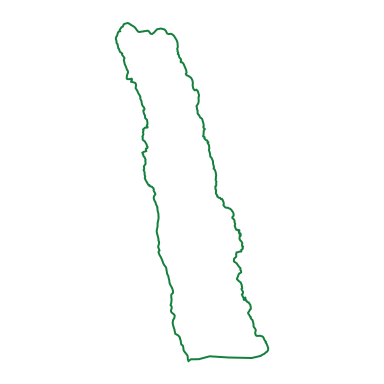 the district of North Maewo, Vanuatu
{"feature_id": "77236927B797015037992", "entity_name": "North Maewo", "entity_type": "district", "adm_level": 2, "iso_a3": "VUT", "parent_name": "Vanuatu", "parent_adm1": "", "projection": "albers", "projection_center": [168.089, -15.01], "detail": "fine", "context": "isolated", "style": "outline", "palette": "green", "viewbox_px": 384, "rotation_deg": 0, "n_neighbors": 0, "source": "geoboundaries", "source_scale": "gbopen_adm2", "svg_char_len": 6005}
<svg xmlns="http://www.w3.org/2000/svg" viewBox="0 0 384 384"><path d="M260.8,355.9L261.5,355.2L264.7,353.6L265.6,352.5L267.0,351.7L267.8,350.6L268.1,349.7L268.2,348.0L266.5,343.5L265.7,342.6L266.0,341.9L264.7,340.4L263.3,337.3L262.7,336.6L261.6,336.2L260.0,335.8L256.9,335.9L256.2,335.6L255.7,335.0L255.3,333.8L255.2,332.7L255.8,330.2L255.1,328.6L253.6,326.7L253.4,323.4L252.5,320.1L251.2,318.9L250.8,318.1L250.8,317.1L250.0,316.7L249.6,315.5L248.2,313.5L248.1,312.8L248.5,312.1L249.2,311.2L249.9,309.7L250.7,309.1L250.8,308.7L250.7,306.7L250.2,304.7L248.9,303.0L248.8,302.5L247.7,302.2L246.5,301.3L246.5,300.5L246.0,300.0L243.9,299.8L243.7,299.2L244.2,298.8L245.4,298.5L245.4,297.8L245.2,297.6L244.5,298.0L243.5,297.7L242.7,296.4L241.9,294.5L242.8,293.7L243.0,292.1L242.5,290.9L241.7,289.6L241.5,288.9L242.2,288.1L242.0,287.2L242.1,286.9L241.7,285.9L241.8,285.1L240.6,282.4L238.6,280.9L237.0,279.2L236.9,278.6L237.6,277.4L238.7,274.2L239.2,273.6L241.1,272.4L241.2,272.1L241.0,271.0L240.3,269.6L240.5,268.6L240.4,268.1L239.2,267.0L236.5,263.2L234.1,261.6L233.9,261.3L234.0,259.3L234.2,258.5L235.7,257.3L236.3,256.2L236.1,254.0L236.6,252.4L237.5,252.3L239.6,251.6L241.2,251.5L241.4,251.0L241.3,249.9L242.4,249.2L242.7,248.6L242.9,247.9L242.4,246.9L242.9,246.5L242.1,245.4L242.0,244.8L242.3,243.2L241.3,241.3L240.2,240.3L239.6,239.1L239.5,237.7L239.9,236.5L239.8,236.1L240.3,236.0L240.3,235.6L240.6,235.3L240.2,234.9L240.1,234.4L240.1,234.0L240.5,233.8L240.2,233.4L239.6,233.7L239.2,233.5L239.0,232.8L239.3,232.6L239.0,231.5L239.4,230.8L239.4,230.4L239.1,230.1L238.3,230.0L237.8,230.3L237.2,229.7L236.4,229.8L235.3,227.8L235.3,227.2L234.7,225.9L235.2,224.0L234.6,222.5L234.5,220.5L233.5,218.9L232.5,218.3L232.3,217.7L232.6,216.8L233.6,215.7L233.6,214.1L233.1,212.4L231.5,210.1L230.2,208.8L228.6,208.2L228.1,207.8L226.2,207.7L225.3,207.4L224.2,206.3L223.4,205.0L223.8,203.9L223.4,201.5L222.9,200.7L222.8,200.1L222.1,199.5L221.9,198.9L220.9,199.0L220.1,197.9L219.2,197.9L217.5,196.8L217.1,195.9L217.3,195.5L216.1,193.9L215.9,193.2L216.1,190.1L215.4,189.1L215.5,187.6L215.3,186.4L216.0,185.9L216.3,184.7L216.1,183.8L216.4,181.7L215.9,180.6L215.6,179.2L216.0,178.2L215.8,177.4L216.2,175.5L215.8,172.9L215.4,171.3L214.6,169.4L213.7,168.8L213.6,168.3L214.0,167.2L213.1,163.8L213.0,161.3L211.5,157.8L210.3,156.6L210.0,153.6L208.9,149.9L209.3,148.3L209.0,145.2L207.5,142.7L207.6,142.2L208.1,142.1L207.1,140.5L206.1,140.2L204.4,138.5L204.7,137.7L204.4,137.0L203.3,136.5L203.1,136.1L203.5,135.1L203.8,130.4L204.8,129.1L203.5,127.7L203.3,126.8L203.8,125.9L203.5,123.8L202.2,119.2L201.7,118.5L200.1,117.4L199.1,115.2L198.1,114.3L197.6,113.2L197.6,110.5L196.9,109.2L197.0,108.1L196.5,106.2L198.3,103.3L198.7,100.9L198.5,97.3L198.9,96.5L199.0,95.1L197.8,91.1L196.4,89.7L196.2,89.7L195.8,90.2L194.6,90.2L193.4,88.8L192.8,86.4L192.6,84.9L192.9,83.8L192.8,82.7L192.5,80.7L192.3,80.1L191.3,78.2L190.5,77.3L188.1,75.8L186.8,75.3L186.2,74.8L185.8,73.9L186.6,72.5L186.1,69.9L183.5,63.8L182.3,62.4L181.0,62.3L180.7,61.9L180.7,61.2L181.1,60.1L181.0,59.3L179.3,57.3L178.8,55.0L177.8,53.9L178.3,52.9L177.5,51.3L177.6,50.4L177.2,48.8L177.8,47.1L177.5,42.8L176.8,40.5L173.8,35.6L171.5,33.9L170.9,33.8L169.0,34.1L167.5,33.7L166.9,33.1L165.8,30.8L164.6,29.5L161.1,28.6L160.3,28.6L156.9,29.4L154.0,32.6L152.1,34.0L150.6,33.7L148.7,31.2L147.5,30.7L139.4,32.0L138.6,31.8L138.1,31.6L136.9,30.2L135.3,27.9L134.4,27.0L132.6,25.8L130.7,24.8L130.0,24.1L127.7,23.0L124.3,23.9L123.4,25.0L122.9,26.5L121.5,27.2L120.1,29.3L119.7,30.1L119.7,30.8L120.0,31.3L118.9,31.6L118.3,32.0L117.9,32.7L117.0,35.9L116.1,37.1L115.8,38.9L116.5,41.0L116.5,42.7L116.8,43.4L117.6,44.2L117.6,45.0L118.0,46.2L118.3,48.3L118.9,48.8L119.6,50.9L120.3,52.2L121.3,52.7L122.2,53.6L122.0,54.4L122.4,55.2L123.6,56.7L124.5,58.1L123.8,59.8L124.7,64.0L126.2,67.4L127.0,69.8L127.8,70.8L128.0,72.5L126.9,75.7L126.7,77.9L126.9,78.7L127.4,79.1L128.9,79.2L131.6,78.7L131.9,79.1L132.0,79.9L131.2,81.0L131.1,81.7L135.0,82.8L135.8,83.8L136.1,85.4L135.6,87.9L135.8,88.6L136.9,90.0L138.5,93.6L139.7,95.4L140.4,97.0L140.2,98.4L141.5,101.3L142.0,104.6L142.9,106.2L143.9,107.4L144.5,109.0L144.3,109.7L143.3,110.5L143.3,110.9L144.1,114.0L144.6,114.6L145.0,115.9L145.1,117.8L145.4,118.3L146.9,119.7L147.1,120.3L147.5,124.0L146.9,125.2L146.8,125.9L147.5,126.6L147.6,127.1L147.4,127.5L144.9,127.7L143.8,128.8L143.5,129.4L143.1,129.5L143.5,130.8L143.0,131.9L143.4,134.4L142.4,136.6L142.8,137.3L142.6,138.5L142.8,139.7L143.0,140.1L144.4,141.0L145.3,142.2L146.6,144.5L147.0,146.2L147.6,147.0L147.2,148.2L146.0,148.6L145.8,149.1L146.2,151.1L143.4,152.0L142.4,152.8L142.8,153.4L142.8,154.1L143.2,154.4L143.4,155.9L144.8,157.7L145.6,159.9L145.3,160.9L145.6,163.5L145.5,164.0L143.9,166.3L144.2,169.2L143.7,169.7L143.7,170.1L144.6,172.4L144.6,174.8L145.2,176.4L144.8,177.6L144.8,178.2L145.2,178.8L145.3,179.5L148.3,184.8L149.4,185.1L149.5,186.0L152.0,186.8L152.5,187.5L153.4,188.2L153.8,189.2L153.6,190.5L155.3,193.8L155.3,194.4L154.0,196.3L153.7,198.0L154.4,200.4L155.7,202.8L155.9,204.1L157.4,207.1L157.2,207.5L157.5,208.7L157.5,210.3L158.3,213.3L158.5,215.1L158.4,215.8L158.6,216.9L158.5,218.9L157.6,223.2L157.6,226.3L156.7,230.5L156.8,232.4L158.4,238.6L158.5,240.7L159.0,241.6L159.1,243.4L158.1,246.8L159.5,250.5L158.6,251.6L158.6,252.5L159.6,255.1L160.8,257.1L162.1,260.0L163.4,263.6L164.6,265.6L165.7,266.9L166.2,268.0L167.1,273.6L168.4,276.4L168.7,278.3L169.2,280.0L169.6,283.2L170.5,285.2L171.7,287.3L172.6,289.4L172.9,290.8L173.1,292.1L172.8,293.1L171.6,294.2L171.2,295.3L171.3,297.8L171.6,299.4L171.3,302.6L170.6,305.2L171.5,306.3L171.7,307.2L171.7,308.2L170.9,310.8L171.5,312.4L174.1,314.5L174.7,315.5L174.4,317.9L173.2,319.8L172.6,322.9L173.3,326.1L174.4,329.4L175.1,333.2L175.4,333.8L178.3,335.5L179.8,337.4L180.1,338.3L179.9,338.8L180.5,339.9L180.7,340.9L181.3,344.5L182.6,345.4L183.1,346.3L183.6,350.2L184.3,351.5L187.2,355.1L187.6,356.0L187.9,359.7L188.5,361.0L190.9,359.3L198.8,359.2L209.7,356.3L228.5,357.5L251.6,358.0L260.8,355.9Z" fill="none" stroke="#15803d" stroke-width="2"/></svg>